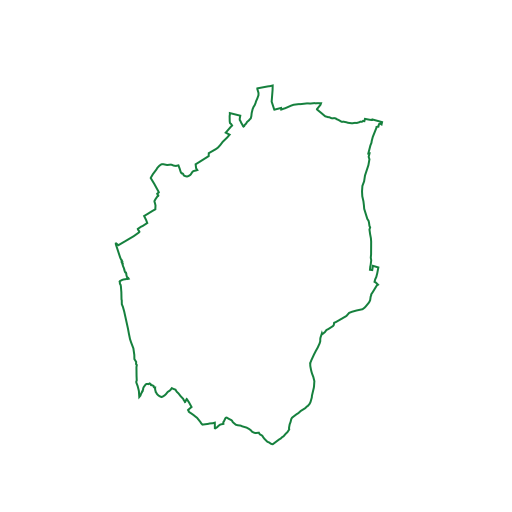 outline of Pauca, Sibiu, Romania, rotated 307°
{"feature_id": "2599482B16089648797059", "entity_name": "Pauca", "entity_type": "district", "adm_level": 2, "iso_a3": "ROU", "parent_name": "Romania", "parent_adm1": "Sibiu", "projection": "natural_earth1", "projection_center": [23.909, 46.005], "detail": "fine", "context": "isolated", "style": "outline", "palette": "green", "viewbox_px": 512, "rotation_deg": 307, "n_neighbors": 0, "source": "geoboundaries", "source_scale": "gbopen_adm2", "svg_char_len": 6010}
<svg xmlns="http://www.w3.org/2000/svg" viewBox="0 0 512 512"><g transform="rotate(307 256 256)"><path d="M277.6,373.1L280.0,373.8L281.7,374.0L286.3,374.2L287.8,374.1L289.5,373.7L292.6,372.0L293.8,371.7L294.7,371.1L297.0,371.0L305.2,370.2L306.5,370.7L306.9,367.7L306.7,366.2L309.2,365.2L311.6,364.7L315.0,363.3L320.5,360.6L318.5,355.3L314.7,357.3L313.6,355.3L316.4,353.6L317.6,353.1L321.9,350.6L323.7,348.7L326.6,346.9L336.8,339.3L339.3,337.1L342.2,333.9L345.4,330.7L347.6,329.9L348.1,328.8L348.5,328.3L350.8,326.0L351.9,324.6L352.6,322.6L358.8,314.0L361.4,311.7L364.3,308.9L367.7,304.9L371.4,301.8L376.0,298.8L380.7,297.4L385.9,294.6L396.2,291.1L401.5,288.4L403.0,286.3L406.3,284.9L405.5,284.0L413.2,280.8L415.8,280.1L417.7,279.1L421.4,277.6L430.9,275.0L431.5,274.6L432.3,275.1L432.9,275.9L435.2,274.9L435.8,275.0L436.4,275.5L436.6,277.1L438.8,276.1L435.1,266.8L434.6,267.0L434.3,266.7L433.0,264.4L431.1,260.5L428.9,261.4L428.3,260.2L427.5,260.1L426.6,259.4L426.1,258.5L425.0,258.0L423.0,256.5L421.7,254.7L419.8,252.9L417.7,249.2L417.2,247.7L415.8,244.8L415.2,244.3L414.7,243.5L414.4,240.7L414.0,238.6L413.7,237.9L413.9,237.4L413.8,236.8L413.2,235.5L412.0,234.3L411.4,233.2L411.0,231.2L410.1,229.7L410.0,229.2L409.2,227.2L409.5,222.1L409.7,216.9L409.8,216.4L410.0,216.3L415.5,216.5L417.1,216.0L414.8,212.8L413.9,211.9L413.3,210.7L410.4,207.6L409.3,205.9L408.3,204.6L404.2,200.3L402.8,198.5L399.4,195.0L397.3,193.6L391.6,190.4L390.1,189.3L388.5,188.3L388.1,188.0L388.7,187.3L389.3,186.9L383.9,182.6L384.1,182.2L388.7,175.6L398.6,169.3L402.2,166.7L400.2,165.1L398.7,163.5L390.7,156.2L390.2,156.5L387.7,159.9L385.9,161.2L382.4,162.3L379.3,163.0L378.2,163.5L375.5,164.2L373.7,164.3L371.3,164.9L367.6,166.5L364.9,168.1L362.7,169.0L360.9,168.7L360.4,168.8L357.7,168.2L355.7,168.4L353.9,168.1L352.6,168.4L351.8,168.1L352.0,167.3L352.7,166.0L353.4,164.2L354.3,162.6L354.9,161.1L356.0,160.3L358.6,159.0L354.4,149.1L353.1,150.1L351.9,150.7L347.8,153.9L346.8,154.9L346.5,155.3L346.4,156.8L345.8,158.4L343.8,158.1L336.3,157.6L337.0,161.9L333.6,161.7L327.1,160.7L323.3,160.7L319.8,160.4L317.7,159.8L309.7,156.4L307.3,158.1L292.9,152.6L290.1,155.3L289.8,155.9L289.3,157.4L288.0,156.5L287.5,156.0L286.1,154.9L284.7,154.6L281.9,154.8L281.1,154.7L279.3,154.0L278.1,153.2L277.7,152.6L277.2,151.3L276.9,150.3L277.1,149.4L277.6,148.6L277.7,148.2L277.7,147.5L277.3,147.2L277.4,146.0L278.4,144.4L279.6,142.8L281.7,139.5L279.8,137.9L279.4,137.3L278.6,135.7L278.1,133.7L277.5,132.7L275.2,130.3L273.5,126.7L272.7,125.6L271.9,125.1L269.9,124.5L268.2,124.3L266.7,124.2L265.3,124.4L259.3,124.4L255.2,124.9L254.9,125.0L252.4,131.3L248.6,139.7L248.3,140.1L246.3,139.6L245.8,140.4L245.7,141.4L245.4,141.7L244.9,141.7L244.6,141.4L244.1,141.4L241.2,141.5L238.9,141.8L238.3,142.2L237.4,143.5L235.9,145.3L232.7,147.5L229.5,146.1L220.6,142.6L218.6,146.6L216.9,149.3L211.7,147.4L210.3,146.6L206.5,145.3L206.1,145.8L205.3,148.2L204.9,148.4L203.9,148.2L198.2,146.4L181.8,139.6L181.9,136.7L181.6,136.5L181.2,136.8L180.3,138.0L173.0,148.5L172.0,150.3L171.8,151.5L171.1,151.6L170.7,152.1L170.4,152.3L170.7,152.9L170.2,153.1L170.0,153.5L169.9,153.3L169.7,153.4L167.7,156.2L166.7,158.0L166.2,158.5L166.1,158.9L165.6,159.2L165.4,159.7L165.0,160.1L164.4,161.0L164.2,161.7L164.5,162.1L163.6,163.3L163.2,163.5L162.6,164.2L161.6,165.6L161.5,166.1L161.6,167.0L161.2,168.0L160.3,167.3L160.1,166.5L159.4,166.2L157.7,164.5L156.5,163.6L154.2,162.5L153.9,162.4L153.4,162.5L153.1,163.1L152.5,163.5L152.1,163.9L151.8,164.3L151.5,165.2L150.4,166.4L146.0,170.3L140.9,174.3L140.2,174.9L139.9,175.4L136.7,177.9L135.3,180.3L132.3,184.2L120.9,197.5L117.5,201.2L113.8,205.4L111.8,208.3L108.4,213.7L103.7,218.4L100.5,220.9L99.3,224.0L97.6,225.2L97.5,225.3L97.2,226.4L95.3,227.4L88.3,232.8L84.9,235.6L83.6,236.0L83.2,236.3L82.7,236.9L81.0,239.6L78.8,242.4L77.6,243.8L73.2,247.6L75.0,247.7L76.1,247.3L78.1,246.9L78.7,246.9L79.0,246.7L79.9,246.8L80.1,246.7L79.9,246.5L81.4,246.2L82.5,245.5L83.9,245.2L86.9,245.2L87.8,245.5L88.8,246.7L89.0,247.3L90.2,247.7L90.3,248.1L90.1,248.7L90.2,249.2L89.7,249.8L89.7,250.0L90.2,250.6L90.6,252.3L90.4,252.7L89.9,253.1L89.8,253.5L89.8,253.9L90.2,254.3L90.3,254.5L89.6,254.7L89.2,255.5L88.5,255.9L88.0,256.7L87.0,257.8L87.0,258.3L86.3,259.6L86.0,261.1L85.9,262.5L86.1,263.5L86.1,264.2L86.4,264.7L86.4,265.3L86.7,265.6L87.8,266.2L89.7,266.9L91.4,267.2L94.3,267.3L96.5,268.1L97.7,268.3L99.8,268.3L100.0,269.5L100.8,272.2L100.4,273.0L99.9,274.4L99.6,276.9L98.7,280.1L98.1,283.8L97.4,285.1L97.1,286.2L96.6,287.2L96.8,287.3L99.2,286.8L100.1,286.7L100.1,286.8L98.8,290.5L96.6,295.4L92.3,294.4L92.1,294.4L91.7,295.5L91.2,296.0L91.2,297.6L91.3,298.8L91.4,301.8L91.3,304.2L91.3,306.3L90.0,311.4L89.4,312.9L89.1,314.7L93.0,318.7L94.5,319.9L96.4,322.1L98.1,323.4L93.7,326.8L93.8,327.2L95.9,328.0L97.5,328.2L99.4,328.7L100.5,329.4L102.3,331.0L103.6,329.9L104.6,329.9L108.0,329.2L108.7,329.3L109.3,329.8L109.6,332.4L110.1,335.1L110.0,336.1L109.5,337.0L109.3,338.0L109.1,341.4L109.8,343.2L111.3,345.8L111.6,347.3L113.3,351.8L113.7,354.7L113.7,356.8L113.3,358.6L113.6,360.3L114.0,361.5L114.4,362.3L116.6,364.6L116.2,365.4L115.9,366.5L116.2,368.5L116.2,369.3L115.6,370.8L115.1,372.6L114.5,376.6L114.6,377.4L115.0,378.8L115.0,380.7L115.5,382.3L115.9,382.7L123.5,384.9L125.1,385.6L127.1,385.9L128.5,386.5L131.9,386.7L134.2,387.1L137.5,386.9L138.1,386.2L139.0,385.6L141.8,384.2L144.2,383.5L147.0,382.3L148.6,382.1L154.0,383.6L156.0,384.4L159.2,385.0L164.1,386.9L166.4,387.2L167.3,387.6L169.9,387.8L171.8,387.5L173.0,387.1L176.6,385.7L178.2,384.7L185.5,381.5L186.8,380.8L190.6,378.3L191.1,378.0L193.8,374.7L195.9,371.4L197.1,369.8L198.5,368.1L200.6,365.8L201.7,364.8L203.1,363.9L203.1,363.7L203.8,363.5L204.6,363.4L205.8,363.0L212.2,361.6L216.2,360.9L220.0,360.4L224.5,359.4L226.6,358.6L228.5,357.2L229.7,356.6L233.8,355.2L233.3,355.9L233.5,356.0L236.6,356.8L239.3,356.8L241.1,357.7L245.7,359.4L246.7,359.7L247.8,359.6L249.7,358.6L251.2,359.5L262.5,364.3L266.6,364.6L269.2,366.2L273.0,369.1L277.6,373.1Z" fill="none" stroke="#15803d" stroke-width="2"/></g></svg>